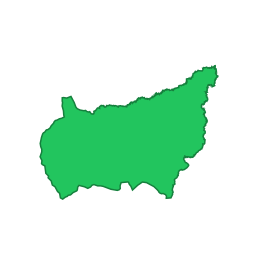 outline of Ban Kruat, Buri Ram, Thailand, rotated 22°
{"feature_id": "78962969B45886211066420", "entity_name": "Ban Kruat", "entity_type": "district", "adm_level": 2, "iso_a3": "THA", "parent_name": "Thailand", "parent_adm1": "Buri Ram", "projection": "albers", "projection_center": [103.161, 14.416], "detail": "fine", "context": "isolated", "style": "filled", "palette": "green", "viewbox_px": 256, "rotation_deg": 22, "n_neighbors": 0, "source": "geoboundaries", "source_scale": "gbopen_adm2", "svg_char_len": 5838}
<svg xmlns="http://www.w3.org/2000/svg" viewBox="0 0 256 256"><g transform="rotate(22 128 128)"><path d="M186.1,60.5L186.4,59.6L186.0,58.5L187.1,58.0L186.9,57.7L187.4,57.6L187.3,57.3L188.8,57.1L189.2,57.6L189.4,56.8L190.2,57.5L191.0,57.3L191.0,57.8L192.4,56.3L191.9,56.1L191.4,54.9L191.8,53.6L191.1,53.2L191.0,50.6L190.6,50.7L190.7,49.8L191.2,49.7L191.0,48.4L191.3,48.1L191.3,47.5L191.9,47.2L191.9,46.2L190.7,46.1L189.0,44.7L189.4,44.0L188.6,44.0L188.8,42.6L188.2,42.4L188.2,41.6L187.5,41.6L188.1,41.3L187.5,40.2L186.8,40.0L186.4,40.8L185.7,40.6L185.4,39.9L186.0,38.7L185.5,37.6L184.9,38.0L184.7,39.6L184.1,39.5L183.3,40.6L182.7,39.9L182.5,41.3L181.7,41.3L181.4,42.0L181.0,42.2L180.5,41.7L179.5,42.6L178.2,42.1L176.7,43.4L175.6,43.6L175.5,44.3L174.9,44.6L175.7,45.4L175.4,47.3L172.2,48.4L171.4,48.3L171.0,49.7L170.0,50.3L169.9,50.8L169.2,50.4L168.9,52.2L168.0,53.1L168.4,54.6L168.2,54.9L168.4,55.1L168.3,56.2L168.7,56.4L168.1,56.9L168.1,57.5L167.7,57.6L168.2,58.4L167.5,58.7L167.8,59.1L167.5,59.3L166.5,59.1L166.2,59.4L165.9,59.0L165.7,59.5L163.9,60.6L164.4,62.0L165.1,62.3L165.2,62.8L164.7,63.3L165.0,64.0L165.5,64.0L165.5,64.7L164.7,64.5L164.4,65.3L164.7,65.6L163.3,66.3L163.5,67.2L162.2,67.7L161.7,68.7L160.9,68.7L159.5,69.6L159.3,70.2L159.9,71.5L158.4,72.3L158.1,72.9L156.8,73.4L156.8,74.0L156.0,74.3L156.0,75.8L155.5,75.5L155.2,76.0L155.0,75.5L154.4,75.5L154.2,76.3L152.6,77.6L151.7,76.9L150.6,77.6L149.5,77.3L148.7,78.2L149.1,78.5L147.6,79.4L147.7,80.1L146.2,79.9L146.0,80.4L146.6,81.5L145.9,81.9L146.3,82.2L146.1,82.9L145.8,82.8L145.9,83.3L145.4,83.3L145.5,83.9L144.8,84.1L144.6,84.8L144.4,84.4L144.2,84.8L143.7,84.6L143.8,84.9L143.2,85.4L142.7,85.1L142.5,85.5L141.7,85.4L141.1,84.9L140.6,85.7L141.6,86.2L141.3,86.3L141.5,86.8L141.0,86.9L141.1,87.4L140.6,87.5L140.9,87.7L140.7,88.8L140.0,88.7L138.9,89.4L139.7,90.4L138.8,90.9L138.4,90.7L138.0,91.8L137.4,92.0L137.4,93.3L136.9,93.0L135.6,93.3L135.9,93.6L135.6,94.0L134.9,94.2L133.8,93.8L133.3,94.5L132.1,94.5L131.8,93.7L130.5,94.4L129.8,94.0L129.3,94.4L129.6,94.7L128.4,95.3L128.5,96.3L128.1,96.4L127.8,95.8L127.5,96.3L126.6,96.1L126.0,97.4L126.6,98.2L126.4,98.5L125.8,98.4L125.7,99.4L125.2,99.9L125.7,100.5L125.6,101.0L125.2,100.7L124.8,100.9L124.7,100.6L123.9,100.8L123.4,102.4L122.2,102.5L122.4,103.1L121.7,102.7L120.9,103.2L120.7,103.9L121.1,104.3L120.6,104.7L120.9,105.1L120.3,105.1L120.2,106.1L119.0,106.6L119.2,106.9L118.6,107.5L118.9,108.8L118.0,109.0L117.5,108.7L116.3,109.6L115.5,109.5L115.2,109.9L114.7,109.7L114.4,110.0L112.6,110.2L111.0,111.2L111.2,112.1L110.1,112.2L109.7,111.8L107.9,112.0L107.2,112.3L107.1,112.8L105.8,112.6L105.2,113.4L103.6,113.3L103.0,113.8L102.2,113.6L101.4,114.7L99.7,115.2L99.9,116.2L98.8,117.3L97.6,117.1L97.6,116.6L96.6,116.4L95.3,117.3L94.7,117.1L93.6,119.0L94.3,120.4L93.3,120.4L92.2,120.9L91.3,124.3L90.3,124.9L90.2,125.8L90.8,126.3L90.9,127.6L90.3,127.9L90.3,128.3L88.6,128.6L86.4,127.2L85.9,127.8L83.7,128.2L82.1,127.6L80.7,128.5L76.8,129.3L73.6,129.1L71.8,128.1L68.6,124.6L63.3,120.1L60.0,123.2L56.9,123.9L55.7,124.6L56.9,127.7L57.8,128.9L58.7,132.3L61.7,136.2L63.6,140.1L64.8,141.6L63.0,143.7L60.9,145.2L59.3,147.2L57.8,148.3L57.2,150.0L57.2,151.5L56.0,154.6L55.7,157.2L54.4,159.4L53.0,160.4L52.3,163.1L51.4,164.2L51.1,165.5L51.3,169.0L52.4,175.2L54.1,178.0L56.0,180.0L57.0,182.5L57.3,187.6L60.4,190.4L61.2,193.4L62.3,194.0L65.1,194.3L68.8,200.8L72.3,202.3L72.6,204.1L76.6,205.8L79.2,209.2L82.3,209.8L86.5,213.3L89.1,214.2L91.5,218.1L94.1,218.4L95.9,215.4L97.3,214.2L97.8,212.8L99.8,211.5L101.3,208.4L104.0,205.5L104.2,204.4L103.5,201.5L104.0,199.6L109.7,198.8L113.3,199.0L115.4,196.7L116.0,194.6L117.6,193.2L121.5,193.0L124.3,191.9L126.8,191.4L135.1,191.2L141.5,189.8L143.0,188.5L143.5,187.1L142.3,184.5L142.1,181.2L148.0,178.1L148.9,178.2L150.3,179.7L152.5,180.9L155.4,183.8L158.5,177.3L161.6,172.7L165.7,171.7L174.0,172.6L178.3,174.3L180.2,175.3L180.7,175.9L182.1,176.4L183.7,176.4L185.1,175.6L187.7,175.7L189.1,176.6L189.8,178.8L194.0,176.7L194.2,172.8L193.6,171.6L193.9,170.8L193.2,169.7L192.4,169.3L191.7,166.2L192.0,165.5L191.2,164.3L191.6,164.3L191.9,163.1L192.5,162.3L191.8,161.6L191.4,159.9L190.4,158.7L190.8,157.3L191.8,156.0L192.1,154.3L191.8,153.7L192.3,153.1L191.8,152.4L191.9,151.2L191.3,150.4L191.5,148.3L192.9,146.5L193.4,146.4L193.9,146.8L195.8,145.4L197.6,142.6L198.3,140.2L198.1,139.6L197.1,138.9L195.1,138.3L194.5,138.5L193.1,137.8L192.9,137.2L191.4,136.3L191.0,134.9L191.5,134.5L191.3,134.1L191.9,133.9L191.7,133.5L192.1,133.5L191.6,132.8L192.8,132.9L193.5,132.5L193.7,132.8L194.1,132.4L194.3,132.7L195.2,131.9L196.7,132.1L197.3,131.8L197.3,131.2L198.6,131.1L199.1,130.7L199.2,129.8L199.5,129.8L199.9,128.8L199.6,128.5L200.0,128.4L199.7,127.9L200.4,127.1L200.7,125.2L201.7,124.1L202.0,122.5L203.3,121.1L203.6,120.0L204.1,119.8L203.9,119.4L204.4,118.5L204.0,117.1L204.2,116.3L203.3,114.8L204.7,114.3L204.9,113.7L203.9,110.3L203.2,110.2L203.4,109.9L202.6,109.7L202.6,109.3L200.8,107.9L200.8,106.9L200.4,106.4L200.8,105.9L200.7,105.0L201.4,104.1L201.1,102.8L200.6,102.0L199.1,101.7L199.2,99.9L198.0,99.3L197.9,98.6L198.6,97.4L198.3,96.4L198.9,96.2L198.3,94.8L198.9,93.7L199.0,92.5L198.4,92.3L198.0,92.5L197.9,92.2L198.5,91.3L197.7,90.5L197.6,90.8L196.7,90.4L196.8,89.8L196.5,89.3L194.7,88.8L193.9,87.2L192.9,87.1L192.9,86.3L193.4,85.8L193.1,85.4L193.9,84.8L193.8,84.4L192.5,83.1L191.8,83.1L191.7,82.1L190.8,82.6L190.4,82.2L190.5,81.6L189.5,82.1L188.1,81.2L188.1,79.9L187.7,79.8L187.5,78.5L188.1,77.9L189.1,78.2L189.7,77.3L189.2,76.6L189.8,75.7L189.2,75.0L189.8,74.8L190.2,73.9L190.0,73.5L190.7,73.1L191.1,73.4L191.3,72.0L190.5,70.4L189.7,70.3L189.8,69.9L189.2,69.1L188.4,68.9L188.7,67.6L187.2,66.8L187.3,66.3L187.0,66.1L187.4,65.6L186.9,65.5L188.0,65.1L187.4,64.6L187.4,64.1L187.0,64.1L187.2,63.1L186.6,62.2L187.0,61.7L186.6,60.8L186.8,60.4L186.1,60.5Z" fill="#22c55e" stroke="#15803d" stroke-width="1.5"/></g></svg>